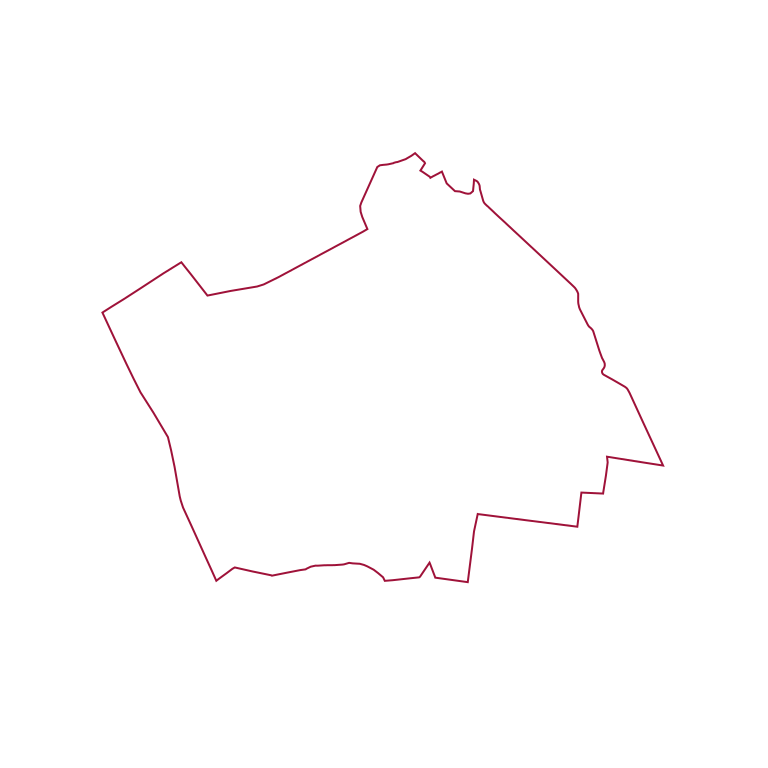 Maldaeni, Teleorman, Romania (orthographic projection), rotated 284°
{"feature_id": "2599482B94583285003056", "entity_name": "Maldaeni", "entity_type": "district", "adm_level": 2, "iso_a3": "ROU", "parent_name": "Romania", "parent_adm1": "Teleorman", "projection": "orthographic", "projection_center": [24.922, 44.112], "detail": "fine", "context": "isolated", "style": "outline", "palette": "rose", "viewbox_px": 768, "rotation_deg": 284, "n_neighbors": 0, "source": "geoboundaries", "source_scale": "gbopen_adm2", "svg_char_len": 2973}
<svg xmlns="http://www.w3.org/2000/svg" viewBox="0 0 768 768"><g transform="rotate(284 384 384)"><path d="M208.5,480.6L212.0,513.2L213.8,513.0L245.8,509.2L262.8,507.0L280.5,506.4L280.5,506.5L286.2,554.9L292.3,606.1L302.8,604.8L326.4,601.8L330.7,623.1L332.4,622.9L335.0,622.7L348.8,621.5L362.0,620.0L367.4,618.0L370.6,654.7L372.4,674.5L375.3,672.2L408.8,645.2L434.8,624.4L437.6,621.8L438.6,620.6L439.0,619.8L439.6,618.4L441.4,612.2L443.4,605.2L443.5,604.9L445.0,599.3L446.0,595.6L446.1,595.2L446.5,594.2L446.8,593.8L446.9,593.7L447.0,593.5L447.8,592.9L448.4,592.6L449.1,592.4L449.8,592.4L450.5,592.6L451.9,593.2L452.7,593.5L453.5,593.7L454.4,593.8L455.6,593.7L456.6,593.4L457.2,593.2L458.0,592.7L458.6,592.3L461.1,590.1L461.3,589.9L461.8,589.4L466.2,586.4L468.6,584.8L485.9,574.2L486.6,573.5L487.1,573.0L488.1,571.5L489.4,568.9L489.6,568.7L490.3,567.9L491.0,567.2L503.3,556.5L504.3,555.7L505.8,554.7L507.5,553.9L508.4,553.4L509.1,553.1L510.5,552.6L511.6,552.3L517.7,550.8L518.7,550.5L519.4,550.0L520.6,549.1L522.4,547.3L523.5,546.0L524.3,544.7L526.7,540.5L526.8,540.3L540.8,515.1L561.8,477.1L563.4,474.2L564.1,472.9L565.8,469.9L568.1,465.7L570.4,461.6L573.1,456.6L575.8,451.7L576.8,449.9L577.4,448.9L581.6,441.4L581.7,441.1L582.9,439.0L583.6,437.9L584.3,437.1L585.1,436.4L586.0,435.8L594.7,430.8L595.8,430.1L598.7,429.1L599.5,428.8L600.2,428.4L600.7,428.0L601.0,427.8L601.2,427.6L601.9,426.9L602.7,426.1L603.0,425.5L603.3,425.0L603.6,423.8L604.0,421.9L600.3,422.6L592.7,423.7L589.8,421.7L588.9,419.5L588.7,416.9L589.1,410.9L588.3,406.2L593.8,396.3L604.1,388.8L603.4,388.1L602.8,387.3L602.1,386.6L601.4,385.9L600.8,385.2L600.2,384.5L599.6,383.8L599.2,383.4L598.5,382.6L597.8,381.8L597.2,381.1L596.5,380.4L595.9,379.7L595.3,379.1L596.1,378.4L599.2,370.0L599.9,367.7L608.1,370.4L608.7,369.9L609.3,369.3L609.9,368.0L614.1,360.7L615.5,358.3L612.1,355.4L611.4,354.7L608.8,352.0L607.4,350.6L606.5,349.2L602.6,343.3L602.2,342.2L601.1,340.2L600.6,339.8L598.2,335.0L597.5,333.3L596.4,330.1L595.2,327.1L592.9,325.0L554.6,318.1L551.0,317.8L545.4,319.7L540.8,322.5L530.3,330.4L526.5,326.5L462.0,255.6L451.5,243.2L447.9,237.3L437.2,212.7L427.1,191.3L438.7,176.5L443.8,170.0L449.6,162.4L453.1,157.9L438.1,143.3L417.6,124.3L403.4,111.0L392.7,100.6L385.2,93.5L360.2,113.7L341.2,129.2L328.5,139.8L316.8,149.9L315.9,150.9L300.3,167.3L280.2,187.2L268.1,193.5L253.0,200.8L225.5,213.0L221.7,215.0L215.5,218.9L207.5,225.3L199.5,231.7L171.7,253.7L161.8,261.6L152.5,268.9L154.9,270.8L157.9,273.3L162.3,277.0L168.1,281.7L169.9,283.6L170.3,301.8L171.1,320.9L170.9,321.6L174.3,328.8L177.6,335.8L183.1,347.6L185.2,352.8L186.0,353.5L189.0,357.1L191.2,361.5L191.6,363.4L193.7,370.0L195.2,375.7L196.2,379.6L198.6,387.0L199.3,388.8L202.0,393.4L202.4,397.1L203.7,404.0L203.6,408.4L203.0,412.0L201.3,418.9L199.1,424.0L196.2,429.9L193.2,432.4L195.8,440.1L202.0,456.9L204.9,464.9L205.8,465.6L221.7,471.4L220.8,472.1L219.5,473.0L209.0,480.3L208.5,480.6Z" fill="none" stroke="#9f1239" stroke-width="2"/></g></svg>